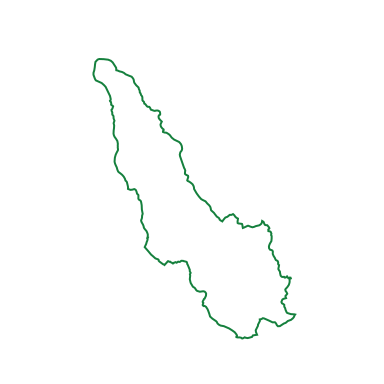 the district of Slatina-Timis, Caras-Severin, Romania, rotated 250°
{"feature_id": "2599482B22285282547610", "entity_name": "Slatina-Timis", "entity_type": "district", "adm_level": 2, "iso_a3": "ROU", "parent_name": "Romania", "parent_adm1": "Caras-Severin", "projection": "orthographic", "projection_center": [22.317, 45.248], "detail": "fine", "context": "isolated", "style": "outline", "palette": "green", "viewbox_px": 384, "rotation_deg": 250, "n_neighbors": 0, "source": "geoboundaries", "source_scale": "gbopen_adm2", "svg_char_len": 6025}
<svg xmlns="http://www.w3.org/2000/svg" viewBox="0 0 384 384"><g transform="rotate(250 192 192)"><path d="M347.3,145.8L345.0,144.5L342.7,143.4L339.8,141.8L337.7,140.2L335.8,139.5L331.5,139.5L329.8,139.8L325.3,144.4L322.5,145.9L320.3,146.8L310.3,147.8L307.1,147.4L306.3,147.0L305.8,146.1L305.1,146.1L304.3,146.6L303.9,146.5L302.8,146.4L301.8,145.9L301.1,146.1L300.4,146.8L299.5,147.2L297.6,145.7L297.1,145.1L296.7,144.4L295.5,144.2L294.6,144.3L293.6,144.2L292.8,143.8L291.9,143.6L290.7,144.1L289.9,144.1L288.0,143.5L287.0,143.5L285.5,143.5L284.5,142.7L283.5,141.9L281.1,141.6L278.8,140.6L276.5,139.4L273.6,138.2L272.0,138.0L270.4,138.1L267.9,138.8L265.4,139.3L262.6,138.8L261.3,138.2L260.0,137.8L259.1,137.4L257.5,137.1L256.5,136.6L254.9,134.8L253.2,133.1L250.7,131.3L247.2,129.7L246.3,129.5L244.9,129.4L242.9,129.5L240.9,129.7L238.5,129.5L236.5,129.6L235.6,130.0L234.1,131.0L232.1,132.2L229.8,133.1L227.4,133.5L225.5,133.4L224.6,133.9L223.6,134.2L219.2,133.7L218.0,133.4L216.8,132.9L215.1,134.8L214.6,136.7L214.5,138.7L214.1,139.2L213.0,139.9L211.4,140.0L209.4,139.8L208.6,140.0L207.9,140.5L207.2,140.5L204.0,139.3L202.8,139.6L201.8,140.5L200.9,140.8L199.6,140.7L196.8,140.2L192.7,138.9L188.4,138.2L186.8,137.0L184.9,136.2L183.8,135.4L182.8,134.5L181.9,134.3L181.4,134.4L180.9,134.3L178.1,134.8L176.1,134.8L175.3,134.6L174.1,134.7L170.7,135.9L168.3,136.0L167.1,135.9L165.3,135.2L164.3,134.4L164.1,134.9L163.3,134.2L162.5,134.0L161.3,133.1L160.5,132.3L159.9,131.9L158.8,131.1L156.4,128.7L152.0,130.4L147.0,132.2L145.7,133.0L142.1,134.9L140.2,137.2L139.7,137.4L138.7,137.2L137.8,137.6L134.3,139.9L133.8,140.3L133.6,140.8L132.8,141.2L134.4,144.2L135.2,145.6L135.2,145.8L135.0,146.2L134.2,146.8L134.0,147.1L134.0,147.6L132.9,148.3L132.4,148.9L131.4,149.5L131.3,150.1L131.7,150.9L131.7,151.7L131.6,152.3L131.7,152.2L131.7,152.6L130.8,153.4L131.3,155.2L130.6,156.2L130.5,156.9L131.0,158.4L130.5,159.7L130.4,160.0L129.9,160.5L129.5,161.2L128.2,163.0L126.9,163.1L125.7,162.9L125.0,163.1L119.6,163.3L118.7,162.9L117.8,162.8L116.7,163.1L116.0,162.7L115.5,161.9L114.0,161.7L110.8,160.1L107.5,159.7L106.5,159.7L105.2,160.0L103.4,160.3L102.6,160.5L101.1,161.7L99.8,162.1L98.4,162.4L97.3,163.0L95.6,165.3L94.9,168.6L94.1,169.8L93.1,170.3L92.2,170.5L91.6,170.5L89.7,169.6L87.5,167.4L87.5,166.9L87.1,166.3L86.5,165.9L86.0,165.2L85.2,164.5L84.5,164.4L83.9,164.7L82.2,163.4L81.7,163.4L80.8,164.0L80.7,164.8L79.3,165.9L76.6,166.5L75.0,166.6L71.9,166.6L68.8,166.4L66.1,167.8L62.3,170.5L61.3,170.9L59.8,171.0L58.1,171.9L56.7,173.2L55.0,176.1L51.1,180.2L48.1,182.5L45.6,184.2L42.8,185.1L41.8,185.2L41.1,184.9L41.0,184.3L40.4,184.1L39.6,185.4L39.2,186.8L38.2,188.4L37.2,189.0L37.1,190.0L37.4,191.9L36.8,192.4L35.7,194.3L35.5,196.0L35.3,198.8L36.4,200.2L35.6,204.3L38.4,204.2L40.3,204.6L43.7,208.2L44.7,208.6L47.6,211.7L49.1,212.1L48.8,213.9L49.2,215.3L48.7,216.3L47.3,217.8L44.7,220.5L42.0,223.1L41.2,225.4L39.8,226.0L37.9,226.2L36.5,226.8L35.9,228.7L37.0,233.3L37.0,235.3L38.0,237.9L38.0,239.7L38.0,241.4L38.4,242.4L38.7,243.4L39.6,244.9L41.2,246.4L41.6,247.0L42.0,246.4L43.4,243.2L44.6,241.6L45.8,240.1L46.5,239.8L49.2,239.6L51.2,239.8L52.4,239.5L53.0,239.6L54.5,240.1L55.6,239.4L56.6,238.5L57.7,238.4L58.1,238.4L59.7,239.8L60.1,240.3L60.3,241.5L60.1,244.1L61.9,244.1L62.6,244.5L62.8,245.1L63.8,246.7L65.3,246.6L67.1,246.1L68.4,246.3L68.8,246.7L70.0,249.0L71.5,251.1L72.7,252.1L74.1,253.0L76.7,253.9L77.0,254.6L77.0,255.3L77.8,255.3L78.0,254.9L78.3,254.1L78.0,253.6L78.0,253.1L79.1,252.6L80.2,252.4L79.6,250.8L80.0,249.7L80.7,249.6L81.4,247.6L82.2,247.0L83.2,246.7L85.5,247.0L87.2,247.4L88.6,247.0L90.0,246.8L90.7,247.1L92.1,248.0L93.5,248.8L94.2,248.4L95.0,248.3L96.0,248.8L96.5,248.9L97.7,248.9L98.6,248.3L99.3,247.6L100.0,247.4L101.8,247.3L104.1,246.8L106.2,246.7L108.4,247.6L109.5,247.5L110.2,246.9L111.1,245.6L112.7,245.2L113.3,245.3L114.6,245.7L115.7,246.5L116.9,247.6L118.7,249.8L121.2,251.0L123.4,251.8L124.5,251.6L125.8,252.4L127.6,252.3L128.2,251.9L129.1,250.4L129.5,250.5L130.7,250.9L131.0,251.7L131.4,252.3L132.3,252.3L135.0,251.4L135.5,250.2L136.3,249.2L137.1,249.1L139.5,249.0L140.8,248.0L139.6,247.3L138.6,246.5L138.0,245.1L137.7,243.7L138.1,240.4L138.0,238.3L138.2,236.7L139.5,235.0L141.0,233.4L141.2,232.8L140.8,228.7L140.8,227.5L141.7,227.6L143.5,228.0L144.8,228.1L145.2,227.6L146.6,224.8L147.2,224.3L148.4,224.6L151.3,226.1L152.5,225.0L154.0,224.2L155.7,223.8L157.2,223.0L157.0,221.4L157.6,219.6L156.6,216.8L156.6,214.6L155.4,212.5L154.0,210.4L154.8,209.8L155.5,209.1L156.7,208.5L157.4,208.6L158.3,208.4L159.6,207.5L160.5,206.8L161.4,206.6L163.1,206.0L164.9,205.5L168.1,203.8L168.8,203.7L169.6,203.9L171.4,204.1L172.2,204.0L173.6,203.6L176.0,202.4L178.6,201.5L181.0,199.2L182.2,198.2L185.3,197.0L189.1,195.9L192.9,195.2L194.2,195.0L195.6,195.4L197.1,195.5L199.0,195.2L200.3,194.5L201.6,193.7L202.8,192.8L203.9,191.7L204.6,191.5L207.4,193.6L208.6,193.8L210.6,192.0L211.5,191.6L213.0,192.2L214.5,193.0L216.3,193.0L217.3,192.8L229.7,193.0L231.3,193.3L233.3,194.6L234.5,196.5L235.9,197.5L238.6,198.1L240.7,198.0L242.8,197.3L243.5,196.9L247.4,193.1L250.1,191.5L252.9,190.7L254.2,190.0L256.4,188.3L257.3,186.5L258.3,185.3L259.1,185.5L259.9,186.6L260.5,186.7L261.8,185.9L263.5,185.3L264.7,185.2L265.9,185.4L266.2,185.5L266.7,185.9L268.5,187.7L270.4,186.8L272.4,186.1L273.2,186.1L274.7,186.5L275.1,187.0L275.5,187.5L275.5,188.1L275.6,188.5L276.5,188.9L277.5,189.1L278.0,189.2L278.7,189.1L279.5,188.5L280.2,187.8L280.8,186.3L280.9,185.6L280.9,184.9L281.5,183.9L283.5,181.5L285.4,181.4L286.6,181.0L287.2,179.6L287.9,179.0L290.5,178.2L291.4,177.4L292.1,177.5L292.7,177.7L293.6,177.5L294.3,177.0L295.1,176.8L298.2,177.8L299.5,177.7L300.1,177.4L300.8,177.3L302.3,177.4L303.3,177.0L305.2,177.5L306.1,177.4L307.0,177.3L308.5,177.5L311.3,176.1L314.3,175.2L315.3,175.2L317.4,175.6L318.7,175.5L321.0,174.7L322.9,172.5L325.3,169.9L327.2,168.8L328.8,167.2L330.1,165.2L331.7,163.5L332.3,162.5L334.7,163.2L340.9,161.8L343.1,160.6L345.0,158.5L347.0,154.5L348.7,150.3L348.7,148.6L347.3,145.8Z" fill="none" stroke="#15803d" stroke-width="2"/></g></svg>